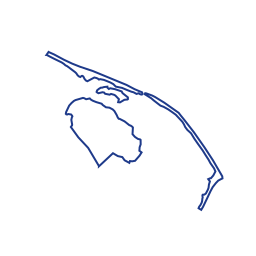 outline of Dare, North Carolina, United States of America, rotated 317°
{"feature_id": "52423323B7185899041346", "entity_name": "Dare", "entity_type": "district", "adm_level": 2, "iso_a3": "USA", "parent_name": "United States of America", "parent_adm1": "North Carolina", "projection": "albers", "projection_center": [-75.69, 35.708], "detail": "fine", "context": "isolated", "style": "outline", "palette": "blue", "viewbox_px": 256, "rotation_deg": 317, "n_neighbors": 0, "source": "geoboundaries", "source_scale": "gbopen_adm2", "svg_char_len": 2557}
<svg xmlns="http://www.w3.org/2000/svg" viewBox="0 0 256 256"><g transform="rotate(317 128 128)"><path d="M105.2,154.4L106.9,153.5L108.3,155.2L110.8,156.8L117.6,156.1L121.3,155.1L120.8,152.4L123.4,150.0L126.1,148.6L129.1,145.3L129.1,144.7L127.8,142.7L127.0,139.2L127.1,135.6L131.9,131.0L132.0,130.1L131.6,128.1L130.9,126.8L130.0,120.8L128.1,115.6L127.5,114.9L127.7,113.3L128.6,110.7L129.6,106.4L129.5,104.0L128.3,100.5L126.0,97.8L125.2,93.8L125.3,92.3L122.5,87.5L120.8,83.9L120.2,81.8L120.2,80.3L117.0,78.4L116.3,76.4L115.6,75.3L108.7,71.8L106.9,71.3L103.7,71.2L100.3,71.5L93.7,74.1L92.2,75.2L92.2,76.0L92.8,76.7L93.8,77.0L95.6,79.3L95.5,81.0L95.1,81.7L94.4,81.8L92.1,83.4L89.5,87.4L88.9,87.9L86.9,88.3L85.3,100.9L85.3,115.4L80.8,136.0L80.6,136.2L99.8,136.2L101.4,141.6L104.0,145.4L103.5,149.3L105.2,154.4ZM124.9,234.8L125.7,237.8L129.2,236.8L138.9,233.0L145.2,230.5L149.6,229.0L154.7,228.2L158.1,228.0L160.8,228.7L162.7,229.3L164.0,227.6L168.1,209.5L170.7,194.5L173.3,176.0L174.7,160.5L175.1,154.6L175.4,151.4L171.8,134.2L168.9,123.7L167.8,120.7L165.0,115.2L164.3,114.3L163.3,114.7L165.3,122.2L165.6,125.2L167.0,133.8L168.5,136.8L170.1,141.8L171.1,146.3L172.0,150.9L172.0,160.6L171.4,163.6L170.5,166.3L170.1,169.9L170.3,172.2L170.5,174.9L169.2,181.3L168.3,187.6L167.3,195.4L166.3,200.5L165.3,206.1L164.3,209.9L163.4,216.2L162.3,219.4L158.0,220.9L154.4,221.3L153.8,220.8L151.8,220.1L151.7,220.7L151.6,221.9L151.5,222.9L148.7,224.5L146.1,226.7L144.3,227.6L140.3,229.0L138.4,228.8L137.3,227.8L136.9,227.8L136.3,228.2L135.1,229.9L134.3,230.3L132.6,231.8L131.1,232.8L128.3,233.8L126.4,234.1L124.9,234.8ZM118.2,19.0L118.4,19.2L119.6,22.6L121.2,27.0L124.2,34.8L124.8,37.3L125.0,39.5L125.7,41.4L127.4,51.0L127.5,52.7L127.1,55.1L127.3,56.9L127.9,58.2L129.6,58.3L130.3,58.9L130.4,60.0L129.7,62.4L129.6,64.6L130.2,66.1L137.8,68.1L139.0,69.9L139.6,71.3L139.8,72.8L140.9,73.2L143.2,76.4L145.0,80.2L146.1,82.6L147.2,85.9L147.3,89.4L151.0,94.6L153.1,99.3L155.3,103.9L156.4,105.6L157.5,108.9L159.4,109.8L160.0,111.8L160.9,113.0L162.0,112.9L162.6,111.4L161.6,109.3L159.3,104.1L156.3,95.5L141.2,62.5L134.7,50.5L131.1,42.9L127.7,34.4L124.1,23.8L121.9,18.6L121.8,18.2L118.2,19.0ZM129.6,80.2L129.6,80.7L130.1,82.4L133.8,84.5L134.7,85.8L134.6,87.4L137.3,91.1L138.8,91.5L140.4,94.1L140.9,95.6L141.0,100.7L138.4,102.4L139.6,103.8L144.6,104.9L147.1,106.8L147.7,106.8L148.8,105.5L147.8,98.8L148.3,96.9L145.0,90.8L142.1,86.8L140.6,86.4L140.5,84.4L141.1,83.7L138.4,81.7L136.5,80.8L135.7,80.0L133.3,79.5L131.1,79.4L129.6,80.2Z" fill="none" stroke="#1e3a8a" stroke-width="2"/></g></svg>